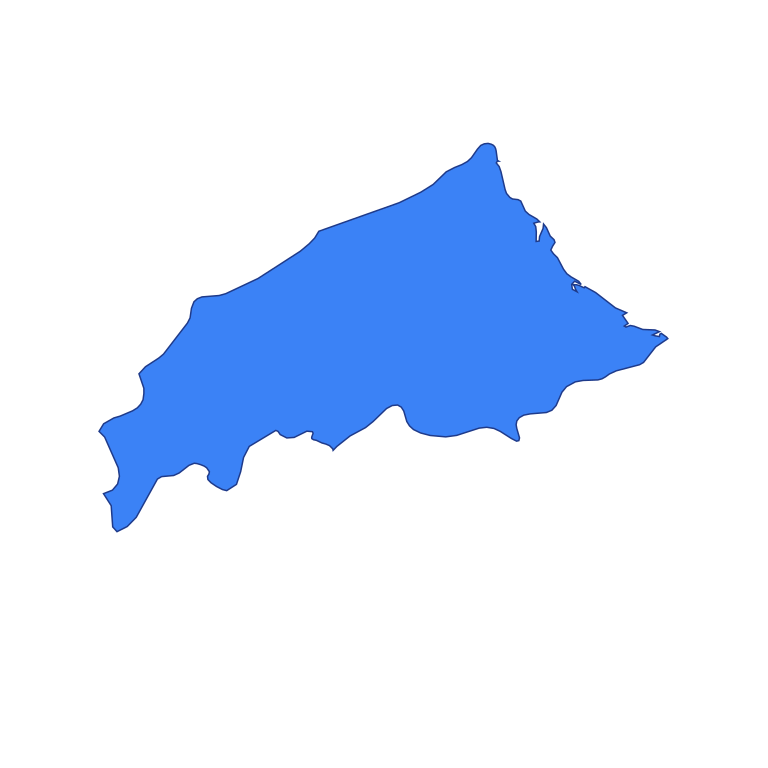 outline of Thanh Hóa, rotated 300°
{"feature_id": "VNM-456", "entity_name": "Thanh Hóa", "entity_type": "Province", "adm_level": 1, "iso_a3": "VNM", "parent_name": "Vietnam", "parent_adm1": "", "projection": "albers", "projection_center": [105.367, 19.958], "detail": "fine", "context": "isolated", "style": "filled", "palette": "blue", "viewbox_px": 768, "rotation_deg": 300, "n_neighbors": 0, "source": "natural_earth", "source_scale": "10m", "svg_char_len": 2691}
<svg xmlns="http://www.w3.org/2000/svg" viewBox="0 0 768 768"><g transform="rotate(300 384 384)"><path d="M164.2,203.3L171.8,201.0L178.6,195.7L198.4,168.6L200.5,160.9L209.4,161.1L219.5,167.0L224.2,171.5L235.1,179.7L240.0,182.3L244.9,183.4L249.9,183.2L255.7,180.8L260.2,178.2L270.3,166.7L279.7,168.8L293.7,175.9L299.6,178.1L338.5,183.3L344.3,183.0L353.3,179.4L360.2,178.3L364.5,179.7L368.4,182.8L378.2,197.0L383.1,201.8L412.3,222.1L457.1,245.1L468.0,249.1L475.7,251.0L483.7,251.2L548.7,306.6L568.4,319.9L581.4,326.8L598.9,331.8L606.8,336.9L612.9,341.7L618.4,345.0L623.7,346.6L634.1,347.5L639.0,348.5L642.1,350.7L644.4,353.8L645.3,357.0L645.4,359.4L644.8,361.3L643.6,363.0L641.9,364.6L634.4,370.4L634.3,371.7L634.3,371.8L633.6,370.7L631.6,370.7L629.9,375.0L626.4,379.1L613.0,391.6L610.3,394.8L608.5,399.7L608.5,402.8L610.7,407.9L610.8,411.0L604.4,419.9L603.3,424.8L603.3,433.9L602.3,437.8L601.4,436.5L598.1,433.3L596.2,436.7L591.8,439.9L583.5,444.5L585.4,446.9L589.5,445.0L598.2,444.0L602.3,442.2L600.6,446.5L595.2,454.0L594.0,459.1L592.1,461.3L587.7,461.1L583.4,461.5L581.5,465.7L580.1,471.1L573.2,482.0L570.9,487.2L570.3,492.3L570.3,501.3L568.8,505.0L568.3,497.7L564.1,496.7L560.2,499.8L560.4,505.0L561.7,502.7L563.9,500.0L564.6,498.1L566.2,501.1L567.0,504.3L567.2,507.8L567.5,509.3L568.8,509.4L569.0,521.6L565.6,546.3L567.0,558.6L562.7,556.2L558.5,565.1L554.3,563.1L554.3,565.1L557.8,568.0L559.1,571.7L560.6,580.8L566.3,591.7L567.1,596.4L560.7,592.0L561.4,595.1L562.8,598.8L565.0,598.0L566.5,598.8L565.9,605.2L565.2,607.1L552.0,600.7L532.5,598.0L528.5,595.7L511.6,578.6L505.4,574.2L500.9,572.2L497.5,570.2L494.5,567.2L486.6,554.6L481.5,548.6L473.0,543.4L465.9,542.2L451.4,543.8L445.2,542.5L440.5,538.9L431.2,525.5L426.9,520.6L422.5,518.0L418.4,517.5L414.8,518.8L411.8,521.3L405.1,528.3L402.4,529.1L400.8,527.4L400.5,521.7L401.1,508.3L400.5,501.5L397.9,494.6L393.4,488.5L375.8,472.6L369.1,463.9L362.5,449.7L359.9,440.2L359.3,432.3L360.5,427.0L362.9,422.5L370.5,414.6L372.6,410.5L372.6,406.3L369.5,401.9L364.1,398.5L346.0,393.3L337.0,389.8L322.1,380.6L306.4,374.4L301.1,373.1L302.2,372.1L303.4,367.6L302.9,363.6L301.9,359.7L301.4,353.6L300.5,350.8L300.6,348.8L301.7,348.0L305.9,347.2L306.9,345.9L304.6,340.8L292.8,332.9L288.7,326.8L288.3,319.4L290.0,315.9L289.7,313.5L262.6,298.5L250.2,299.1L236.4,303.7L223.3,306.4L213.0,301.1L211.8,296.8L211.5,290.2L212.0,283.5L213.2,279.3L215.8,277.3L218.3,277.4L220.7,276.7L222.8,272.3L223.0,269.4L222.5,265.6L221.6,261.9L220.5,259.3L216.1,255.8L204.5,251.1L199.6,247.6L192.6,237.7L188.4,235.3L144.7,236.1L132.2,232.9L122.6,226.6L124.6,220.5L142.2,208.6L148.8,195.9L156.3,201.9L164.2,203.3Z" fill="#3b82f6" stroke="#1e3a8a" stroke-width="1.5"/></g></svg>